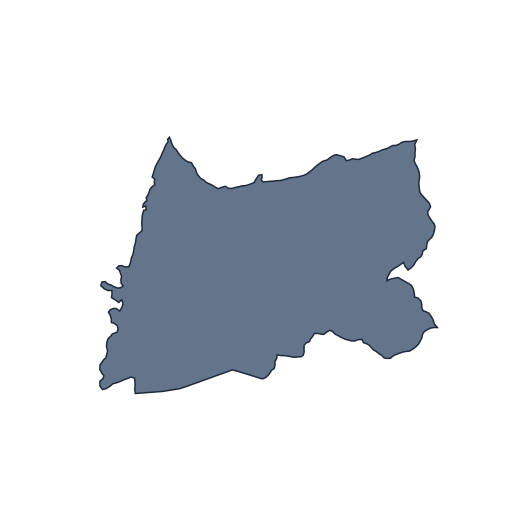 Santa Maria Madalena, Rio de Janeiro, Brazil (orthographic projection), rotated 341°
{"feature_id": "56859067B84707497106597", "entity_name": "Santa Maria Madalena", "entity_type": "district", "adm_level": 2, "iso_a3": "BRA", "parent_name": "Brazil", "parent_adm1": "Rio de Janeiro", "projection": "orthographic", "projection_center": [-41.908, -21.952], "detail": "fine", "context": "isolated", "style": "filled", "palette": "slate", "viewbox_px": 512, "rotation_deg": 341, "n_neighbors": 0, "source": "geoboundaries", "source_scale": "gbopen_adm2", "svg_char_len": 4323}
<svg xmlns="http://www.w3.org/2000/svg" viewBox="0 0 512 512"><g transform="rotate(341 256 256)"><path d="M288.1,181.2L284.9,180.4L281.8,182.7L277.9,186.0L273.8,186.2L269.3,186.1L265.7,185.1L263.1,185.0L258.8,184.4L256.0,184.4L252.3,183.3L249.6,180.1L245.6,179.9L242.2,180.1L240.1,177.8L237.7,174.9L234.8,172.0L232.7,170.0L231.4,167.2L228.9,164.5L227.5,160.8L226.9,157.8L227.1,153.6L225.9,150.6L225.4,146.7L222.8,145.2L220.9,143.3L218.3,139.4L217.1,136.3L216.0,132.8L215.1,129.2L213.5,126.4L213.0,122.5L213.1,118.8L212.8,115.5L210.4,116.9L210.0,119.6L207.4,121.2L205.0,123.6L202.6,126.5L200.6,128.5L198.1,131.4L195.0,134.0L192.5,136.3L189.9,138.8L188.1,141.4L185.8,144.5L183.5,147.6L185.3,150.1L183.9,152.9L183.3,155.8L180.3,156.6L177.4,158.5L175.2,161.5L173.1,163.6L171.0,165.2L171.1,167.9L168.4,169.0L166.2,170.5L164.9,172.9L168.0,172.9L167.2,176.6L164.6,176.3L163.0,178.7L161.5,180.9L159.9,184.8L158.4,188.4L157.8,191.4L156.4,195.0L152.9,196.4L150.0,197.5L148.0,200.9L146.3,204.3L144.0,207.4L142.0,211.4L139.9,214.8L137.4,217.4L135.5,221.0L132.2,224.7L128.4,223.7L125.9,221.3L123.0,220.7L120.2,222.0L122.2,224.7L122.2,228.1L122.3,231.5L120.6,234.1L119.6,237.9L120.6,241.1L117.5,242.0L114.4,241.1L111.5,238.6L109.6,236.3L106.4,233.9L105.1,231.1L101.9,230.4L99.6,233.5L101.6,237.3L104.6,240.4L108.4,241.6L107.6,244.8L105.8,248.3L108.8,251.8L111.1,255.3L114.7,253.7L114.9,257.4L112.7,260.7L109.2,263.6L106.7,260.1L104.2,259.2L100.7,259.3L98.2,261.1L98.8,264.0L98.8,268.0L97.6,271.9L99.9,273.4L102.1,276.5L101.8,279.9L100.0,282.7L97.3,282.9L94.7,282.9L92.6,284.5L89.3,285.9L87.0,288.7L85.1,293.1L84.8,297.5L82.8,300.3L81.1,303.3L78.4,304.3L76.0,306.2L73.2,307.9L71.4,312.3L72.1,316.9L73.2,319.5L71.6,322.0L67.6,323.7L66.1,328.3L67.4,332.3L71.0,332.6L75.3,331.7L79.1,330.2L82.7,330.5L87.1,330.4L90.8,330.0L94.5,330.0L98.2,329.7L101.3,331.8L100.6,335.6L99.3,339.5L97.8,343.0L97.1,346.7L123.8,353.7L128.0,354.4L140.6,356.6L148.3,356.7L196.5,356.0L202.2,359.8L222.0,374.3L225.4,374.1L228.8,372.7L231.4,370.9L233.5,369.1L236.6,368.3L238.6,365.2L239.3,362.2L242.1,359.8L243.8,356.3L247.2,358.3L251.1,359.7L255.2,361.9L257.6,363.5L260.1,364.5L263.1,365.1L265.6,365.9L268.3,365.3L270.2,362.6L271.3,359.0L272.4,356.1L274.9,354.6L278.6,354.3L280.8,352.0L283.1,350.7L285.9,348.3L288.9,349.2L291.5,350.7L294.4,352.2L297.6,351.1L301.2,350.2L303.7,352.1L305.3,355.6L307.9,358.2L309.7,360.4L313.0,363.5L316.1,365.6L318.5,367.3L322.2,368.6L325.3,368.3L329.1,369.5L329.4,372.9L331.9,374.9L333.8,376.8L335.0,379.6L336.5,383.0L338.6,385.4L340.4,388.4L342.7,391.0L343.9,394.1L346.8,395.6L349.8,396.5L352.2,395.4L355.2,394.7L358.7,394.7L363.6,394.6L367.8,395.3L370.4,395.9L373.5,395.2L377.5,394.0L381.2,392.0L383.8,389.7L386.3,387.2L388.0,384.3L390.6,382.2L393.8,381.5L397.4,381.0L401.1,381.6L404.2,382.7L402.5,378.2L402.7,374.3L402.1,370.5L401.0,366.5L398.4,363.9L396.2,362.2L395.9,359.1L396.9,356.0L397.3,352.1L395.5,348.6L392.6,346.4L393.4,343.4L394.0,339.0L393.5,334.7L391.6,331.9L389.5,329.7L386.4,326.1L383.5,322.7L378.5,321.9L374.7,321.6L371.7,322.1L373.6,318.5L376.2,316.4L378.4,314.3L382.8,312.7L387.2,311.9L390.4,310.9L393.4,310.2L393.7,314.4L395.2,318.8L399.0,317.6L402.5,315.8L405.1,313.3L408.7,311.1L411.3,310.5L413.6,308.7L415.5,305.4L419.4,304.6L421.2,300.9L422.8,298.3L425.3,296.9L428.3,295.6L430.7,293.3L433.1,289.9L434.8,286.5L434.9,283.7L433.9,280.9L433.0,277.7L432.1,273.2L432.8,270.0L435.1,268.2L437.1,266.3L437.1,262.6L435.7,259.3L434.6,256.9L433.6,254.3L432.3,251.8L431.8,249.0L432.5,244.9L433.5,240.6L434.7,237.9L436.1,235.4L437.0,232.5L437.6,229.0L437.4,224.3L436.7,220.4L436.5,217.2L438.7,213.8L440.2,209.4L441.7,206.4L442.3,202.4L445.9,198.6L441.1,198.3L437.8,197.5L435.1,196.5L431.7,195.9L427.9,196.8L424.3,197.0L421.2,196.0L418.4,196.5L415.6,197.0L412.7,196.9L409.5,196.8L406.0,197.2L402.1,197.1L399.5,196.7L396.5,197.5L391.2,197.9L387.0,198.0L384.4,198.1L381.9,197.0L378.9,195.4L375.4,195.7L372.5,195.3L371.5,190.9L367.8,188.3L365.3,186.5L362.7,186.1L359.0,186.8L354.5,188.3L349.3,188.2L345.8,189.4L342.4,190.5L339.4,191.7L336.8,193.0L334.1,193.9L331.0,194.9L328.0,195.3L325.4,195.2L321.8,194.8L317.1,193.9L312.8,192.9L309.6,193.0L306.6,192.8L303.3,192.5L300.0,191.5L297.0,190.9L294.0,190.1L291.2,189.3L287.0,188.5L285.6,185.9L287.2,183.9L288.1,181.2Z" fill="#64748b" stroke="#1e293b" stroke-width="1.5"/></g></svg>